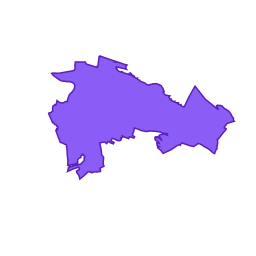 Podari, Dolj, Romania, rotated 206°
{"feature_id": "2599482B53332966976241", "entity_name": "Podari", "entity_type": "district", "adm_level": 2, "iso_a3": "ROU", "parent_name": "Romania", "parent_adm1": "Dolj", "projection": "natural_earth1", "projection_center": [23.733, 44.25], "detail": "fine", "context": "isolated", "style": "filled", "palette": "violet", "viewbox_px": 256, "rotation_deg": 206, "n_neighbors": 0, "source": "geoboundaries", "source_scale": "gbopen_adm2", "svg_char_len": 5797}
<svg xmlns="http://www.w3.org/2000/svg" viewBox="0 0 256 256"><g transform="rotate(206 128 128)"><path d="M86.1,195.0L86.9,181.2L86.7,171.9L87.4,171.8L88.0,171.2L90.3,171.5L90.5,171.7L90.5,172.2L90.7,172.3L91.1,171.6L92.5,171.6L94.0,171.8L93.6,172.7L93.8,172.8L95.5,171.9L97.5,171.8L97.6,172.0L97.5,172.4L97.6,172.6L98.5,171.7L99.0,171.6L99.3,171.6L99.4,171.9L99.5,171.9L100.8,171.8L100.9,172.1L101.1,172.1L101.5,171.8L101.8,171.9L101.4,172.1L101.4,172.3L102.1,173.0L102.9,172.4L104.8,173.7L104.8,173.9L104.6,174.0L104.6,174.7L104.4,175.2L108.5,174.1L108.9,174.1L109.6,174.2L111.1,174.9L112.1,175.6L111.9,176.1L111.4,176.5L112.3,177.2L112.3,177.4L113.1,178.0L113.9,179.0L114.5,179.2L115.8,179.9L116.4,180.5L118.1,180.7L121.0,180.5L123.0,179.8L125.2,178.5L125.6,177.9L127.1,176.9L127.4,176.6L127.3,176.2L127.5,176.0L130.1,175.2L130.9,175.3L132.3,175.8L136.7,175.5L136.9,175.4L137.3,175.4L137.9,175.6L138.3,175.9L138.8,176.0L140.6,175.9L141.5,176.4L141.5,176.9L142.1,176.4L142.6,176.3L145.9,176.7L146.2,176.6L147.1,176.7L147.2,176.8L146.1,177.4L146.9,177.5L147.3,177.3L147.5,177.4L147.9,177.6L148.1,177.6L148.6,178.0L148.7,177.8L149.6,178.4L150.3,178.5L150.3,178.4L149.9,178.2L149.3,177.2L149.5,177.2L149.0,176.9L150.2,176.4L150.7,176.6L154.3,176.0L155.2,175.6L155.7,175.8L156.8,175.7L157.4,176.0L158.5,176.0L158.6,175.9L158.5,175.4L158.6,175.2L159.8,175.1L161.8,175.1L162.7,175.3L163.1,175.5L163.2,175.9L163.4,176.0L163.5,176.2L163.1,176.3L164.4,176.2L164.6,176.6L165.0,176.6L165.2,177.1L165.3,177.9L155.0,180.1L156.6,181.1L156.7,183.5L156.5,184.2L159.9,183.5L163.8,183.1L167.6,182.5L167.2,182.1L167.6,181.8L168.6,181.7L169.4,181.4L169.6,181.8L169.9,181.8L169.5,182.0L169.5,182.3L177.8,181.2L184.8,180.5L185.3,179.4L185.2,179.3L184.5,179.3L184.9,178.4L182.1,170.2L182.7,169.9L182.4,169.5L182.3,168.9L193.6,167.2L195.3,168.6L201.2,165.7L204.3,164.3L203.2,161.0L202.9,160.4L202.3,159.8L201.6,157.9L201.5,156.3L204.5,153.8L206.2,152.7L213.8,147.1L215.1,146.5L215.7,146.1L216.1,146.0L218.5,145.0L220.4,143.9L220.6,143.7L218.5,142.6L212.9,141.5L209.5,141.1L207.3,141.5L204.7,142.5L202.8,143.0L200.6,144.1L198.4,144.5L196.2,144.3L194.6,143.0L193.6,140.3L193.6,137.8L194.1,135.7L195.3,132.5L195.1,129.6L194.6,126.1L194.1,125.0L195.9,124.3L196.2,123.6L197.0,122.6L198.1,121.7L199.7,121.1L201.4,121.0L203.8,121.6L203.0,118.3L203.1,117.7L203.0,116.9L203.9,117.1L204.3,116.2L205.1,114.8L204.5,112.9L203.1,110.3L203.6,109.8L203.8,108.3L205.2,107.3L205.8,106.5L205.0,105.6L198.1,99.7L197.4,100.3L195.5,99.0L194.2,99.5L192.6,98.2L191.9,98.6L191.6,98.1L191.2,97.9L190.8,97.1L191.6,96.4L191.1,96.1L191.5,95.7L190.9,95.2L191.2,95.0L190.9,94.9L191.7,94.0L182.6,85.4L180.0,85.8L177.8,85.7L176.1,86.0L174.2,83.2L170.8,77.2L167.8,72.4L165.7,68.0L158.2,73.6L158.7,74.1L157.9,74.7L158.1,75.1L158.9,76.6L159.3,77.7L159.2,77.9L158.9,78.9L158.6,79.5L157.4,80.9L157.4,81.0L158.0,81.7L158.1,81.9L157.4,83.7L157.4,84.1L157.6,84.6L157.0,84.6L156.1,83.8L155.8,83.9L154.6,83.7L154.5,82.7L154.1,82.8L154.1,81.4L154.0,81.0L153.2,80.1L153.4,78.8L154.9,74.3L155.3,73.9L156.1,74.0L157.4,71.9L158.1,72.4L161.4,69.2L161.5,69.0L161.3,68.9L162.4,68.0L162.3,67.8L163.6,68.7L164.1,68.0L163.6,67.3L163.8,67.2L163.5,66.4L164.2,65.9L163.8,65.1L163.6,64.2L163.3,62.4L159.3,67.2L155.7,70.7L154.5,71.0L153.6,69.2L153.6,68.9L154.4,68.5L154.5,68.3L154.4,67.8L155.4,66.7L155.2,66.1L154.0,65.1L152.1,64.3L151.0,63.5L148.9,61.0L147.3,64.4L145.2,69.5L145.0,70.6L144.9,70.7L143.6,71.8L142.6,71.7L142.3,72.3L140.8,71.9L139.4,73.6L137.9,74.4L136.7,74.7L135.3,75.9L133.9,76.6L133.8,77.5L134.1,78.0L135.8,79.3L132.8,83.1L133.5,83.7L134.9,85.4L135.9,88.2L137.1,91.0L139.9,92.4L142.3,96.3L145.4,100.4L146.9,102.2L143.5,104.8L143.1,105.0L142.4,105.0L140.3,104.6L140.1,107.2L137.4,107.0L134.2,107.3L134.2,108.9L137.0,109.0L137.7,108.9L137.7,110.2L137.8,110.7L137.5,111.9L134.5,112.2L132.1,112.1L132.0,112.4L130.4,112.7L129.6,113.2L129.0,114.2L129.3,115.1L129.9,115.4L130.1,115.5L130.2,116.0L128.7,117.1L129.7,118.4L125.6,118.4L122.8,118.7L122.9,120.6L122.5,120.8L118.2,121.6L118.4,123.2L120.4,123.1L120.6,123.2L120.7,124.1L121.3,125.2L121.2,126.0L121.5,128.1L122.3,130.8L121.2,130.9L119.6,131.3L115.1,131.5L112.3,132.2L109.9,132.9L107.3,134.7L105.4,135.7L102.8,136.6L101.1,137.4L100.5,137.4L96.6,138.8L96.2,138.5L94.2,138.6L93.2,139.0L92.8,139.4L91.4,139.5L90.8,140.0L90.2,140.0L90.4,139.4L90.2,139.1L89.7,138.8L92.6,138.5L94.2,137.7L94.4,137.3L96.2,136.1L96.6,135.1L96.8,134.2L96.3,134.3L96.0,133.9L95.6,133.7L94.8,133.7L94.7,133.4L94.8,133.2L92.5,132.0L92.4,131.8L93.5,132.0L95.0,132.6L96.4,132.7L96.8,132.4L98.2,132.9L99.5,132.0L99.5,130.9L98.6,130.9L98.8,130.0L98.4,129.3L98.1,129.1L96.0,128.8L95.2,128.9L94.0,128.4L93.4,128.0L93.3,127.9L94.6,127.9L95.6,127.5L95.7,127.2L93.8,124.8L91.9,124.9L92.9,124.1L93.0,123.7L92.4,123.1L88.7,122.3L85.3,120.5L79.9,127.2L76.9,132.3L76.7,132.8L75.3,134.8L74.5,135.3L73.4,135.4L73.4,137.0L73.2,137.8L72.8,138.2L64.6,139.2L60.7,140.2L59.9,141.8L59.6,142.2L59.2,143.1L58.8,143.5L58.4,144.6L56.3,145.3L55.6,145.1L54.3,145.2L51.9,144.7L48.5,144.6L45.0,144.2L42.1,143.3L39.5,142.8L38.9,143.0L39.1,144.0L39.3,147.0L39.2,147.9L38.9,148.3L39.1,148.4L39.5,149.2L40.9,154.1L41.4,154.7L41.7,155.2L41.8,155.7L42.4,156.7L42.8,157.1L42.8,157.3L42.2,157.5L41.7,158.9L40.7,164.1L39.5,168.6L39.3,170.2L39.4,170.4L39.8,170.5L41.5,170.3L41.7,170.5L41.7,170.9L41.5,172.7L40.9,175.0L40.8,175.7L35.4,180.7L36.8,181.4L37.0,181.8L37.2,182.6L37.6,183.0L38.3,183.5L39.0,183.7L40.7,184.9L42.3,186.2L43.3,186.5L44.5,187.2L46.7,187.5L48.0,187.8L49.6,187.7L50.6,188.1L51.5,188.2L52.5,188.9L52.8,189.0L53.8,188.9L54.2,188.7L54.8,188.8L55.4,188.6L56.0,188.1L56.4,188.0L57.4,187.9L57.4,187.7L58.2,186.9L57.9,186.3L58.0,186.3L55.5,184.9L55.1,184.5L55.3,184.3L55.9,184.3L71.3,187.8L86.1,195.0Z" fill="#8b5cf6" stroke="#5b21b6" stroke-width="1.5"/></g></svg>